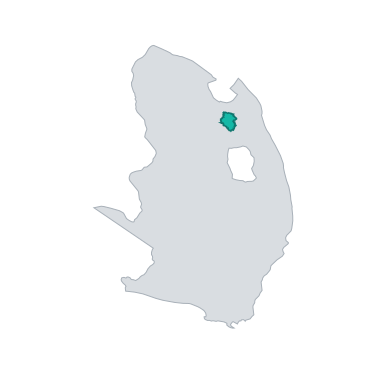 Amajuba, KwaZulu-Natal, South Africa (highlighted), rotated 306°
{"feature_id": "47623444B66034573524186", "entity_name": "Amajuba", "entity_type": "district", "adm_level": 2, "iso_a3": "ZAF", "parent_name": "South Africa", "parent_adm1": "KwaZulu-Natal", "projection": "equal_earth", "projection_center": [30.451, -27.741], "detail": "fine", "context": "in_parent", "style": "filled", "palette": "teal", "viewbox_px": 384, "rotation_deg": 306, "n_neighbors": 0, "source": "geoboundaries", "source_scale": "gbopen_adm2", "svg_char_len": 6805}
<svg xmlns="http://www.w3.org/2000/svg" viewBox="0 0 384 384"><g transform="rotate(306 192 192)"><path d="M256.1,71.1L264.0,69.8L267.5,70.5L271.8,72.7L275.8,73.4L282.6,72.7L284.9,73.0L286.8,73.7L288.1,74.9L290.0,83.3L291.7,92.3L291.6,95.2L291.9,96.3L293.8,100.1L294.5,102.5L295.6,104.4L298.0,114.0L298.3,115.7L298.2,138.7L297.2,141.5L297.6,145.1L296.5,145.6L289.8,141.0L288.7,141.2L286.8,142.9L285.0,145.6L284.2,147.9L280.8,154.0L280.6,158.0L280.9,161.3L282.0,161.5L282.8,163.9L284.6,167.7L287.7,170.2L290.5,171.3L294.5,171.5L297.7,171.5L297.5,168.9L298.2,161.9L303.5,162.8L311.2,162.6L310.7,167.1L307.8,177.3L305.9,188.8L303.6,194.6L302.3,197.0L298.5,201.2L296.5,202.6L294.9,203.1L288.5,211.6L286.1,215.7L283.9,221.7L281.8,225.0L278.7,231.9L273.4,242.2L268.8,248.9L266.8,250.8L265.4,251.7L261.9,255.6L256.8,261.8L253.0,267.4L247.2,273.6L243.9,276.4L238.9,281.7L237.5,282.5L231.9,287.5L227.9,290.5L221.4,294.0L218.8,295.0L212.6,294.1L210.0,294.6L207.9,296.7L207.7,299.7L206.8,300.2L201.1,298.8L198.7,299.0L197.4,300.6L196.3,302.7L193.1,302.8L187.2,300.7L180.3,299.4L178.7,299.2L175.4,300.8L174.3,301.0L169.4,300.7L166.7,299.7L164.2,299.7L162.2,300.5L159.8,300.8L153.6,306.5L150.3,306.5L147.4,307.2L142.3,306.4L140.8,306.8L139.3,307.8L135.9,308.2L134.6,309.0L129.0,314.2L126.6,313.7L123.5,313.6L120.0,310.9L118.7,311.0L119.0,310.2L119.0,308.7L117.7,307.2L116.4,307.3L115.6,306.1L113.6,306.0L111.9,306.3L111.3,301.5L110.5,301.1L108.4,301.0L107.4,301.1L107.0,301.6L106.5,302.7L106.7,306.0L105.9,305.1L105.0,303.1L104.6,300.9L104.8,298.4L106.3,297.4L105.7,294.2L103.0,288.7L101.5,287.5L100.2,284.6L99.0,283.6L98.4,281.6L97.2,280.0L96.6,277.5L97.2,276.0L98.2,275.2L99.2,276.5L100.5,276.0L102.2,274.1L103.1,271.4L103.0,266.9L102.6,264.1L100.8,256.9L100.1,255.2L96.6,250.1L92.6,243.1L87.3,232.1L84.8,225.5L80.7,212.1L77.3,204.5L73.3,197.4L72.8,196.9L73.3,196.1L75.2,194.4L76.1,194.0L76.6,194.2L77.1,193.7L77.5,192.6L77.7,190.1L78.5,187.4L79.3,186.3L81.1,185.6L82.5,186.6L83.1,187.5L83.4,188.8L84.0,189.4L85.0,189.4L85.7,190.2L86.1,191.8L86.1,193.0L85.6,193.7L85.7,194.7L86.5,195.9L87.3,198.5L91.0,199.9L93.1,200.0L95.1,200.7L96.9,201.8L100.0,202.1L104.1,201.5L107.6,201.8L110.3,202.9L112.3,203.1L113.5,202.4L114.0,201.4L113.8,200.0L114.4,199.2L115.7,198.8L116.8,197.8L117.5,196.1L119.4,194.7L122.4,193.7L123.8,193.7L121.6,121.9L127.1,126.9L128.4,129.2L131.2,136.0L134.2,144.3L134.7,148.3L134.6,149.2L132.0,154.6L132.0,157.3L132.4,160.5L133.1,162.0L133.9,162.6L135.8,161.8L138.8,162.6L144.3,162.2L147.2,162.7L147.9,162.4L148.5,161.7L149.2,159.8L149.8,159.2L152.4,158.4L153.5,157.3L155.3,153.6L160.7,148.6L161.3,147.3L164.5,135.3L165.6,133.6L167.1,132.5L170.1,131.6L172.0,132.0L173.9,133.1L176.2,134.8L179.5,138.1L180.6,138.6L183.9,138.8L185.9,140.9L192.1,142.4L193.9,142.3L195.8,141.1L198.9,141.2L202.3,140.4L204.3,138.2L208.1,125.0L208.5,122.1L208.9,121.3L212.1,119.8L216.0,118.7L216.8,118.1L219.2,114.4L222.4,111.3L224.5,100.7L225.9,98.2L226.8,97.2L227.4,97.1L228.2,96.5L229.3,95.2L230.6,94.4L232.0,94.1L233.0,93.2L233.4,91.8L234.1,91.1L235.2,91.1L235.8,90.7L236.0,89.7L238.4,87.4L238.4,86.5L239.8,84.3L242.5,80.7L245.0,78.7L247.4,78.3L251.8,76.4L253.4,74.7L254.3,72.4L256.1,71.1ZM249.5,226.1L253.4,224.3L256.2,222.0L256.8,217.8L259.0,215.3L259.8,212.9L260.4,209.5L259.1,206.1L257.3,205.0L254.0,202.0L252.6,200.0L250.6,198.3L249.2,196.2L247.0,196.9L243.6,198.6L241.4,200.1L239.6,201.9L236.4,203.2L233.4,208.9L232.4,210.2L230.1,214.3L226.7,216.4L226.7,217.1L227.8,220.5L229.4,223.9L231.1,226.6L231.1,228.3L231.6,229.7L233.1,230.6L235.7,234.0L236.9,235.1L240.8,235.9L241.3,235.7L242.3,233.7L242.5,232.2L245.0,227.8L246.1,226.4L249.5,226.1Z" fill="#d9dde1" stroke="#a8b0b8" stroke-width="1"/><path d="M275.6,171.9L275.4,171.9L275.3,171.6L275.3,170.8L274.9,170.8L274.5,170.7L274.5,171.1L274.5,171.6L273.9,171.3L273.7,171.4L273.5,171.7L273.2,171.6L273.2,171.9L273.2,172.0L273.2,172.3L273.2,172.7L272.7,172.8L272.5,172.6L272.0,172.4L271.9,172.7L271.7,172.9L271.5,173.1L271.3,173.2L271.3,173.4L271.2,173.6L270.7,173.0L270.4,172.7L270.1,172.6L269.9,172.9L269.8,173.0L269.7,173.1L269.4,173.3L269.0,173.1L268.8,172.8L268.5,172.6L267.9,172.4L267.8,172.8L267.6,173.0L267.5,172.9L267.4,172.8L267.2,173.0L266.9,172.9L266.7,173.1L266.7,173.4L266.5,173.5L266.5,173.8L266.4,173.9L266.4,174.0L266.3,174.3L266.2,174.3L266.1,174.5L266.0,174.4L265.8,174.4L265.6,174.2L265.3,174.3L265.0,174.6L264.9,174.5L265.0,174.9L265.2,175.0L264.9,175.2L264.9,175.4L264.9,175.5L265.1,175.7L265.3,175.6L265.5,175.7L265.6,175.8L265.7,176.0L265.8,176.2L265.8,176.3L266.0,176.7L265.9,176.8L266.0,177.1L265.9,177.2L265.6,177.2L265.6,177.3L265.5,177.5L265.3,177.3L265.2,177.4L265.2,177.5L265.0,177.8L264.9,177.8L264.7,178.0L264.5,177.9L264.4,178.0L264.4,178.4L264.3,178.5L264.5,178.7L264.6,178.8L264.7,179.0L264.8,179.1L264.9,179.5L264.9,179.9L264.8,180.0L264.9,180.3L264.9,180.5L265.0,180.7L265.0,180.8L264.9,180.9L264.9,181.0L265.1,181.0L265.2,181.3L264.9,181.4L264.8,181.5L264.7,181.6L264.7,181.8L264.8,182.1L264.6,182.2L264.6,182.3L264.6,182.6L264.5,182.8L264.5,183.2L264.4,183.4L264.1,183.4L264.1,183.5L264.2,183.8L264.3,183.8L264.4,184.1L264.5,184.1L264.4,184.2L264.2,184.1L264.1,184.3L263.8,184.9L263.9,185.3L263.6,185.9L263.8,186.3L264.1,186.7L264.1,186.9L264.2,187.4L264.1,187.7L264.3,187.7L264.6,187.5L264.6,187.3L264.8,187.4L265.2,187.4L265.3,187.5L265.7,188.0L266.3,188.2L266.1,188.3L266.2,188.8L266.4,188.7L266.2,189.0L266.4,189.1L266.6,189.1L266.8,189.1L267.0,189.1L267.4,188.8L267.7,188.7L268.0,188.8L269.0,188.6L269.4,187.9L269.8,188.2L270.2,188.2L271.1,188.4L271.0,187.9L270.9,187.9L270.9,187.5L271.2,187.6L271.3,187.8L271.5,188.0L271.8,188.1L271.8,187.8L271.9,187.2L272.1,187.0L272.1,186.9L271.9,186.8L271.9,186.5L272.0,186.4L272.6,186.4L272.9,186.5L273.1,186.0L273.2,185.9L273.3,185.8L272.8,185.7L272.7,185.2L272.7,184.9L272.9,184.6L273.2,184.6L273.6,184.5L273.6,184.4L273.7,184.2L273.4,184.1L273.4,183.6L274.3,183.7L274.7,183.6L275.4,184.5L275.8,184.7L276.1,184.7L276.8,185.0L277.4,185.1L277.5,184.9L277.6,184.7L277.7,184.4L277.7,184.2L277.8,184.2L277.8,183.9L277.8,184.0L277.8,183.9L277.7,183.9L277.8,183.8L277.8,183.7L277.7,183.7L277.6,183.4L277.6,183.2L277.6,182.9L277.6,182.7L277.6,182.4L277.8,182.3L277.7,182.3L277.7,182.2L277.8,182.1L277.8,181.9L277.8,181.7L277.9,181.8L277.9,181.7L278.0,181.7L278.3,181.3L278.3,181.2L278.3,180.9L278.3,180.6L278.2,180.6L278.1,180.3L278.1,180.2L278.3,179.9L278.3,180.0L278.5,180.0L278.8,180.1L279.0,180.1L279.3,180.0L279.2,179.9L279.2,179.7L279.2,179.4L279.0,179.1L278.9,179.1L278.8,178.1L278.1,177.9L278.2,177.7L278.5,177.2L278.1,176.4L277.7,175.9L277.7,175.2L277.0,174.9L276.7,174.7L276.5,174.4L276.6,173.9L276.3,173.5L276.2,173.6L276.4,173.1L276.1,172.8L276.2,172.5L276.1,172.2L275.9,172.3L275.7,172.3L275.7,172.5L275.6,171.9Z" fill="#14b8a6" stroke="#0f766e" stroke-width="1.5"/></g></svg>